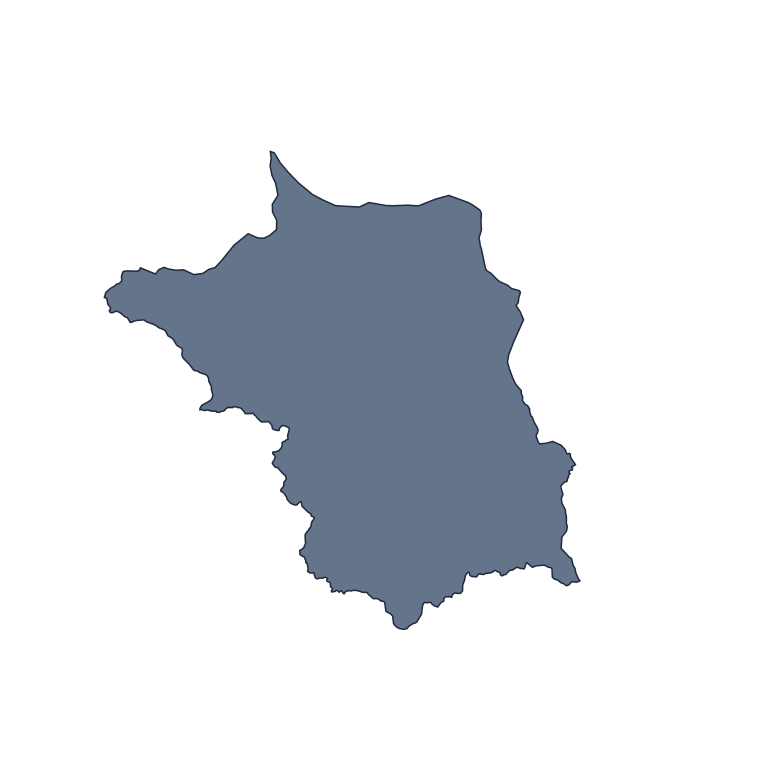 Kuan, Houaphan, Laos, rotated 38°
{"feature_id": "54806243B93999085545465", "entity_name": "Kuan", "entity_type": "district", "adm_level": 2, "iso_a3": "LAO", "parent_name": "Laos", "parent_adm1": "Houaphan", "projection": "robinson", "projection_center": [104.43, 19.795], "detail": "fine", "context": "isolated", "style": "filled", "palette": "slate", "viewbox_px": 768, "rotation_deg": 38, "n_neighbors": 0, "source": "geoboundaries", "source_scale": "gbopen_adm2", "svg_char_len": 6170}
<svg xmlns="http://www.w3.org/2000/svg" viewBox="0 0 768 768"><g transform="rotate(38 384 384)"><path d="M659.6,418.5L657.1,417.8L651.4,414.7L648.0,411.7L644.6,410.4L639.1,406.0L636.6,406.4L624.7,404.4L618.4,395.0L618.4,387.7L616.4,383.6L613.5,381.5L609.4,376.2L606.4,373.8L604.5,371.6L598.2,368.7L597.1,367.9L594.2,365.1L593.3,361.7L592.8,360.7L587.5,356.9L586.4,355.7L586.1,355.1L586.7,349.8L587.7,348.9L588.1,347.9L587.0,345.9L586.7,343.8L585.8,342.9L585.8,340.1L584.5,340.0L583.6,339.0L583.7,338.1L585.3,335.8L584.8,334.6L583.0,333.9L582.8,333.4L584.1,331.5L584.5,329.7L577.2,327.3L575.1,326.0L574.1,324.5L572.7,324.6L571.9,325.9L571.1,326.4L567.0,324.1L561.3,323.2L552.3,325.4L548.3,330.9L544.7,334.1L543.9,335.3L541.7,335.0L537.5,332.5L535.5,330.8L535.0,327.8L533.8,325.5L532.2,324.3L525.7,321.6L520.9,318.6L519.7,318.8L515.6,315.9L514.3,314.1L513.6,314.3L512.8,313.4L510.3,312.7L507.9,313.1L503.2,311.8L501.4,308.9L497.8,306.8L496.4,304.8L487.9,303.1L481.7,300.0L472.6,294.3L467.8,290.7L464.4,284.5L460.1,270.4L454.4,247.4L446.8,243.2L439.7,240.8L439.7,237.3L436.9,232.6L435.9,229.6L434.7,227.5L432.9,227.2L425.8,230.2L420.4,230.1L412.2,232.1L407.9,232.0L400.7,230.9L394.8,231.4L392.1,229.9L377.5,217.5L373.9,215.1L371.9,212.9L369.1,210.7L365.9,202.6L360.0,195.8L355.9,189.8L352.6,187.9L344.6,188.3L338.8,189.1L319.0,195.5L310.9,206.4L301.4,222.6L292.8,228.3L282.3,237.2L276.1,241.9L260.4,250.3L255.6,259.7L236.1,273.3L223.2,276.5L210.8,278.7L193.1,278.2L178.3,276.2L166.4,273.7L155.2,269.4L151.3,270.7L156.2,275.7L159.9,282.2L167.3,288.6L175.1,292.6L184.3,300.6L185.3,311.1L190.3,317.1L198.6,321.0L204.2,328.5L202.4,337.5L199.6,343.1L194.6,346.6L184.5,349.2L180.4,366.7L180.0,387.2L179.2,396.3L175.5,401.3L173.2,408.3L166.8,414.9L155.8,417.4L149.9,422.5L143.5,426.0L138.9,427.5L136.1,432.5L136.2,438.0L120.4,442.5L121.0,443.8L121.0,445.7L119.5,447.5L111.4,453.5L109.8,455.2L109.2,456.6L111.1,461.2L113.0,463.1L113.9,464.8L113.2,468.3L111.9,469.7L111.3,473.0L109.6,476.9L108.4,483.0L110.4,488.0L112.9,487.3L117.3,491.2L121.5,492.2L122.2,493.1L122.4,495.4L124.2,496.2L126.0,495.2L127.9,491.8L129.4,490.8L133.0,490.3L138.4,490.5L141.0,489.7L146.0,491.7L147.3,490.6L148.2,488.5L150.0,486.2L155.3,481.3L158.9,481.1L167.1,478.5L172.2,478.2L177.6,476.6L179.4,476.8L184.0,479.0L188.9,478.4L191.0,478.8L196.3,480.9L198.3,481.0L202.6,480.4L204.3,481.4L206.5,485.1L208.5,486.7L210.6,487.4L218.1,488.3L225.4,490.2L226.7,490.0L229.0,488.6L231.3,488.6L237.5,486.4L239.9,486.4L241.8,487.2L244.4,489.8L249.5,492.3L251.4,494.6L255.8,498.0L256.5,499.2L257.3,501.5L257.4,503.3L256.2,506.8L253.5,513.1L254.0,516.5L254.8,517.7L255.5,516.8L258.6,515.6L261.7,512.5L263.0,512.5L263.6,511.8L265.2,511.4L266.1,510.4L267.4,509.7L268.2,508.8L269.4,509.3L270.5,508.2L271.6,508.0L272.8,505.4L273.9,504.5L274.8,502.8L274.4,501.7L275.3,499.2L275.4,498.1L276.7,498.0L277.5,496.6L278.8,496.4L279.1,496.0L279.0,495.0L280.3,494.2L280.9,493.2L283.7,492.5L284.2,491.8L285.4,491.3L287.0,491.2L290.0,491.7L292.8,492.8L293.1,492.3L293.7,492.3L294.1,491.6L294.7,491.5L296.6,489.7L297.5,489.4L298.1,487.9L298.9,487.5L300.2,488.2L302.3,488.0L303.8,488.6L309.5,489.4L311.1,489.2L316.1,484.8L316.8,484.7L320.9,485.5L323.3,487.7L324.3,487.9L325.9,487.5L329.0,486.1L329.9,485.1L328.9,482.8L329.1,480.2L329.6,479.2L332.1,477.9L336.5,477.0L337.6,478.8L340.0,484.4L342.3,486.2L341.2,488.9L341.1,490.2L340.1,491.4L339.9,492.4L339.9,493.1L341.7,495.2L342.3,497.0L342.2,501.0L341.9,502.3L341.1,502.7L340.4,504.1L338.4,506.0L338.4,506.4L339.9,507.7L341.4,507.5L343.1,508.4L344.2,511.3L344.4,514.4L345.0,515.4L348.9,516.5L349.7,516.4L351.1,515.6L352.6,515.6L358.3,516.7L363.0,517.0L365.7,519.1L365.5,522.4L365.9,523.5L367.5,525.6L367.9,526.9L367.7,530.6L368.5,531.8L369.2,532.0L370.4,531.6L373.5,531.8L374.9,532.6L376.5,532.8L378.8,534.6L383.7,535.4L386.1,535.0L388.8,533.9L389.7,533.1L390.2,529.1L390.7,527.9L391.2,527.7L394.6,530.8L402.8,531.7L406.0,531.4L408.1,532.8L409.6,532.3L411.4,532.4L411.9,534.1L411.8,536.3L412.9,539.1L414.2,541.4L414.2,544.9L414.6,545.6L414.3,547.8L414.5,550.7L414.9,551.8L416.7,553.9L419.0,556.3L419.2,556.9L420.3,557.7L421.5,562.4L421.1,564.7L420.2,566.6L420.2,567.3L422.8,570.1L425.3,570.1L427.3,569.5L429.0,570.0L429.8,570.8L430.6,570.9L432.2,572.8L434.4,573.1L438.2,576.5L438.8,578.3L439.3,578.8L441.9,578.5L443.6,577.4L444.9,576.0L448.9,578.9L450.7,579.0L451.6,578.5L452.9,576.3L455.2,574.9L456.2,572.9L456.8,572.4L459.0,572.0L459.5,572.4L459.6,573.6L460.1,574.3L461.2,574.5L463.5,573.7L464.3,573.9L466.6,576.6L469.0,576.8L469.6,577.4L469.9,579.3L470.4,580.0L470.8,580.1L473.2,577.6L473.3,576.6L474.0,575.7L474.7,575.4L475.9,575.7L476.9,575.6L477.5,573.3L478.3,573.2L481.1,574.1L481.7,573.9L481.5,572.1L482.2,569.7L483.2,569.2L483.7,568.3L485.7,567.2L486.8,565.5L489.2,563.8L493.1,562.0L494.3,561.9L495.1,561.2L496.7,560.6L497.8,559.3L498.7,558.9L502.3,559.5L507.9,559.7L509.6,558.1L511.6,557.0L515.6,556.8L517.6,555.5L518.4,555.5L519.1,555.8L525.3,561.8L527.1,561.9L529.7,561.1L533.6,561.5L538.9,566.8L540.6,567.5L544.7,567.7L547.2,567.0L550.2,565.4L552.7,562.8L552.8,559.2L554.7,554.3L555.8,553.1L556.4,551.2L555.3,542.4L551.0,535.1L550.4,533.5L550.4,531.2L550.7,530.8L552.5,530.1L554.3,528.0L555.4,527.3L557.3,527.9L561.0,527.7L563.7,526.6L563.5,520.9L563.8,520.0L564.6,519.2L564.7,518.2L563.3,516.2L563.3,514.1L566.6,511.3L568.7,510.4L567.7,508.1L568.0,506.2L568.7,504.9L570.1,504.3L573.2,501.9L573.3,498.7L569.7,493.8L568.3,489.1L566.1,485.0L565.9,481.2L566.4,480.5L567.3,479.9L568.8,481.6L570.1,481.9L571.7,481.6L575.5,479.2L575.7,478.5L575.4,476.1L576.1,475.1L579.9,472.7L580.4,471.1L584.4,467.1L585.4,465.4L585.9,462.9L586.5,462.3L589.3,462.1L590.3,461.3L591.7,461.3L592.6,462.4L594.0,462.7L594.8,462.6L595.4,462.1L596.1,460.3L597.2,459.2L597.7,453.7L599.9,451.4L601.2,447.2L602.1,446.3L605.7,445.1L606.4,444.2L608.0,443.8L608.1,442.3L606.4,437.9L606.3,437.3L606.7,436.9L613.8,437.1L615.8,433.7L622.0,427.9L625.2,427.5L629.0,426.0L629.9,426.0L630.7,426.9L635.6,432.6L638.6,432.8L641.2,431.6L646.3,431.6L648.8,430.7L651.8,430.7L652.9,429.3L653.5,427.8L653.5,425.7L654.1,423.8L657.3,422.0L659.2,419.6L659.6,418.5Z" fill="#64748b" stroke="#1e293b" stroke-width="1.5"/></g></svg>